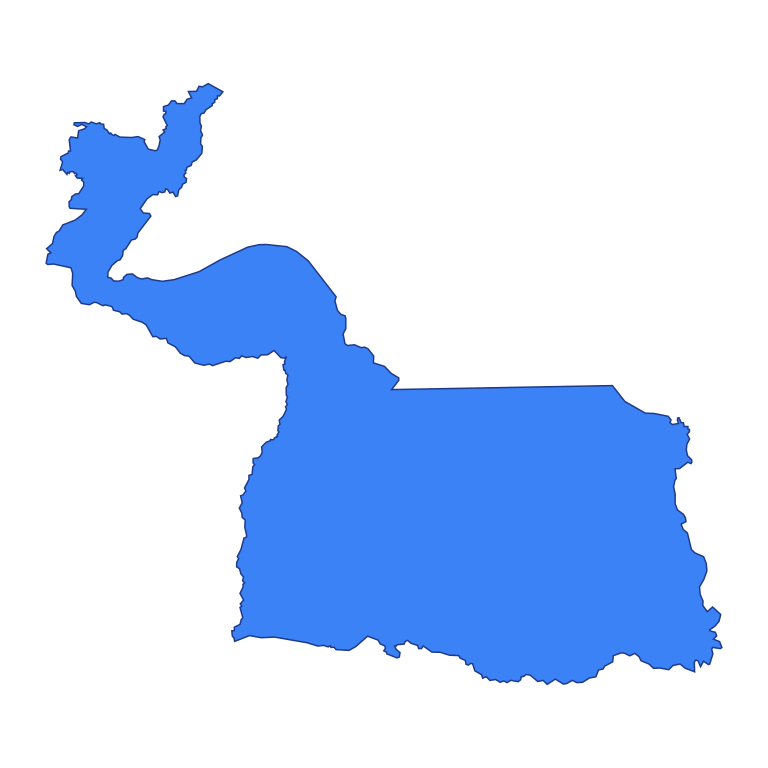 Ipiales, Nariño, Colombia (orthographic projection)
{"feature_id": "7082276B52108893597118", "entity_name": "Ipiales", "entity_type": "district", "adm_level": 2, "iso_a3": "COL", "parent_name": "Colombia", "parent_adm1": "Nariño", "projection": "orthographic", "projection_center": [-77.531, 0.632], "detail": "fine", "context": "isolated", "style": "filled", "palette": "blue", "viewbox_px": 768, "rotation_deg": 0, "n_neighbors": 0, "source": "geoboundaries", "source_scale": "gbopen_adm2", "svg_char_len": 6052}
<svg xmlns="http://www.w3.org/2000/svg" viewBox="0 0 768 768"><path d="M208.2,83.6L202.6,86.8L199.0,86.3L196.5,91.3L188.4,91.5L191.6,97.9L187.0,99.3L184.2,103.6L177.1,103.6L174.9,100.9L171.4,100.9L168.5,105.0L163.5,106.6L163.5,111.1L165.8,111.3L165.8,113.7L164.3,114.2L163.0,116.8L167.2,125.5L165.9,126.7L166.2,128.6L163.1,130.0L164.7,132.0L159.1,136.6L160.2,140.0L159.1,145.4L157.5,149.7L155.6,150.8L148.3,149.2L144.1,141.7L144.8,139.6L138.1,136.6L131.6,137.5L120.0,137.1L115.0,134.4L114.1,135.5L112.5,135.0L110.6,133.0L109.5,133.8L106.9,129.9L104.2,128.5L103.6,124.3L100.4,123.9L99.8,122.7L96.2,123.8L91.2,122.0L88.9,123.9L84.6,122.5L74.3,122.8L74.0,124.8L77.6,126.4L81.8,124.4L86.6,126.8L84.5,128.8L78.6,130.8L77.6,138.0L70.9,136.9L69.2,139.7L70.5,151.0L68.5,151.1L68.3,152.9L60.9,156.7L60.5,159.1L62.6,161.9L60.1,170.3L62.7,169.5L67.0,174.5L67.8,172.4L69.3,173.3L70.1,171.6L73.6,171.8L74.5,173.6L75.7,173.2L77.1,174.6L75.4,175.8L77.3,178.1L82.7,178.4L81.5,180.0L83.8,182.3L83.6,186.1L78.7,193.7L75.5,194.0L71.7,196.7L71.5,199.4L69.1,201.7L69.2,206.7L70.0,208.3L86.3,209.3L81.9,215.0L75.2,220.1L62.8,224.9L59.2,230.9L56.4,232.5L54.0,236.5L52.5,243.6L46.6,248.7L50.8,252.8L47.9,254.2L46.1,263.2L47.7,264.5L53.5,264.0L71.0,267.8L72.7,273.4L72.1,285.5L75.3,291.1L76.4,296.4L81.3,303.4L89.4,304.7L94.1,302.3L96.5,302.5L103.0,305.7L105.2,304.9L110.8,306.2L112.5,307.3L113.4,310.2L119.7,311.8L122.1,314.1L126.3,313.6L129.3,315.1L133.3,319.3L142.1,322.2L146.1,324.8L152.8,336.7L156.5,336.4L160.1,339.0L166.4,338.4L167.9,342.9L175.4,346.8L180.3,353.2L184.5,355.6L189.0,356.1L194.7,362.9L203.9,365.3L209.4,364.0L212.5,365.6L225.9,361.2L230.0,361.6L235.6,357.7L239.4,358.4L241.6,355.8L246.1,357.5L252.5,356.5L257.8,358.2L260.9,355.0L267.8,354.7L274.0,350.5L280.9,357.7L284.9,358.1L286.5,356.6L284.5,361.5L284.9,364.0L283.0,364.6L283.8,370.0L285.1,370.4L285.7,373.4L287.9,374.7L286.9,380.0L288.0,384.5L286.2,387.5L286.3,395.2L287.5,397.0L285.9,401.7L287.4,404.6L285.5,406.8L286.5,409.3L283.2,416.2L279.2,420.1L280.0,424.3L278.3,425.8L277.9,430.7L278.9,431.9L277.0,435.2L277.5,436.5L274.9,437.5L273.4,439.8L270.5,439.5L270.5,440.6L266.2,442.2L261.6,446.9L262.2,452.1L260.4,456.1L257.8,457.9L253.2,458.5L253.1,462.9L254.6,464.8L252.8,466.8L252.1,474.4L248.9,475.4L249.0,479.4L244.5,488.0L245.9,491.0L242.9,495.0L240.6,495.8L242.2,502.8L239.3,508.1L241.8,513.0L242.1,517.3L245.2,520.0L244.8,527.3L246.7,535.8L246.5,537.0L244.0,538.1L240.9,549.6L237.3,556.6L238.6,558.6L236.7,562.5L236.6,566.8L239.5,568.7L240.9,573.9L243.5,577.0L242.6,580.8L244.6,582.8L243.0,584.3L243.1,586.9L240.0,593.4L243.6,600.1L240.3,603.8L241.8,606.3L240.0,607.3L242.8,617.9L241.2,619.6L240.0,624.4L234.3,627.2L234.3,630.6L231.8,630.8L232.3,636.0L234.2,638.4L234.6,641.4L249.5,635.6L261.2,637.7L274.7,637.1L306.9,642.7L317.6,646.0L323.6,645.4L328.2,646.9L330.1,645.7L330.9,647.4L334.0,647.2L336.1,649.6L349.0,650.4L355.7,646.6L367.6,636.2L378.1,640.1L380.2,643.9L384.8,645.9L385.4,648.2L383.8,650.9L386.3,652.0L386.9,653.9L397.0,657.9L399.3,657.0L400.0,652.6L396.2,649.4L394.6,646.0L396.3,646.0L397.0,644.7L404.1,644.1L405.3,641.3L407.6,640.4L410.9,643.2L417.7,645.5L418.6,648.6L421.5,648.5L423.3,646.0L431.9,652.1L440.2,652.3L449.5,655.2L458.7,655.6L460.2,658.2L465.3,660.4L466.1,664.4L468.5,665.0L470.7,663.4L472.6,663.7L474.9,670.9L481.6,674.7L482.6,678.2L486.3,676.7L489.9,680.4L495.6,679.5L500.2,682.3L503.8,680.9L507.0,682.6L510.9,680.3L518.1,681.7L520.6,679.8L521.3,676.7L523.6,676.5L526.1,674.5L530.2,675.1L537.8,681.5L543.1,680.4L547.2,684.4L555.3,679.1L563.5,684.1L567.0,683.4L572.2,680.4L576.9,682.6L582.6,682.3L589.4,678.0L595.9,676.8L598.5,670.0L603.1,669.0L604.7,666.1L612.7,661.8L613.3,655.7L621.0,652.9L624.2,653.1L629.7,655.8L634.9,653.4L639.1,656.7L641.0,660.7L648.9,664.0L653.6,668.3L659.8,668.0L668.7,669.7L672.9,665.5L680.1,664.0L685.2,668.2L694.6,671.8L694.3,662.2L695.9,659.9L698.2,661.1L700.5,666.7L703.6,661.2L708.3,664.5L709.7,664.1L712.9,653.8L711.7,649.3L712.6,647.4L720.3,648.6L721.9,647.5L719.6,641.6L713.4,639.2L716.7,636.0L715.4,632.3L710.1,630.9L709.6,629.8L714.8,626.3L719.0,621.4L720.7,614.5L712.6,607.0L707.2,611.6L702.8,605.5L703.0,601.1L700.2,594.5L699.5,586.9L703.8,579.5L706.9,571.0L706.3,563.6L703.6,556.7L694.9,552.9L691.4,549.5L687.4,533.0L683.1,529.3L681.1,524.2L686.0,521.6L685.4,517.7L683.4,514.3L677.4,509.9L675.1,503.6L675.2,494.3L673.6,486.8L674.9,480.3L676.3,478.6L675.0,468.8L679.5,468.6L687.8,462.2L691.0,463.6L691.9,462.2L691.6,459.8L687.5,455.7L686.3,449.9L686.9,444.2L689.6,439.0L687.2,434.4L689.5,431.5L689.4,429.5L687.9,428.9L687.9,426.5L684.2,426.5L683.4,422.8L681.1,422.6L679.0,417.7L677.6,418.1L677.4,420.2L678.6,423.5L672.2,424.5L670.0,422.7L671.0,419.9L668.2,416.3L654.3,413.5L645.2,413.1L624.9,401.5L612.4,385.6L391.6,389.6L398.8,380.3L398.7,377.9L391.2,373.4L384.4,366.3L373.4,362.9L373.7,356.0L367.9,348.7L364.7,347.2L361.0,347.6L354.5,344.8L347.5,345.5L345.0,343.7L343.1,334.1L345.8,328.6L345.8,318.4L345.1,315.8L340.9,314.4L337.5,310.5L334.9,301.0L336.1,296.8L308.3,260.9L296.6,251.5L287.0,246.7L266.4,244.5L259.1,244.7L247.8,247.1L220.0,260.0L199.0,271.7L174.0,279.7L162.3,281.3L152.0,279.7L147.4,277.9L141.5,279.0L137.3,277.6L132.3,273.9L126.9,274.4L123.5,277.4L123.2,279.7L118.6,281.2L113.6,280.9L111.3,278.2L107.7,277.2L108.0,272.1L112.0,265.3L117.5,260.6L120.0,259.9L122.5,255.9L123.3,250.2L125.8,248.8L131.5,239.9L135.2,239.1L137.0,237.3L138.0,232.8L150.9,216.1L149.4,213.5L143.3,213.0L140.2,208.8L147.0,198.8L152.8,194.6L157.6,194.8L159.0,191.6L162.3,192.6L164.8,191.9L165.7,188.9L167.6,189.5L169.9,193.1L172.9,192.1L175.6,196.5L177.6,195.9L178.8,189.8L181.6,187.3L182.6,184.2L186.0,182.4L186.5,178.5L184.4,177.2L183.9,175.0L185.8,173.0L185.3,170.3L186.4,170.1L186.9,167.3L191.1,165.5L192.1,162.1L196.4,159.9L201.8,153.3L202.4,146.5L200.6,143.8L200.9,138.0L202.5,135.1L200.6,130.6L201.4,126.1L200.0,123.0L199.8,116.7L201.2,113.7L204.0,113.1L206.0,109.7L212.2,105.6L212.2,103.8L214.7,102.3L214.8,99.6L217.4,98.7L217.3,96.0L219.6,95.9L222.9,91.8L208.2,83.6Z" fill="#3b82f6" stroke="#1e3a8a" stroke-width="1.5"/></svg>